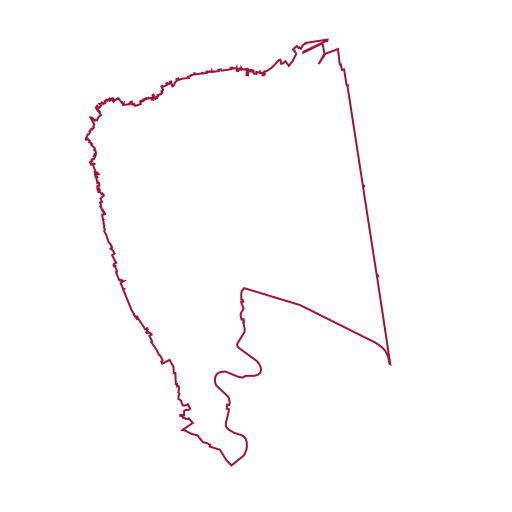 outline of Sector 2, Bucharest, Romania, rotated 73°
{"feature_id": "2599482B90996716719963", "entity_name": "Sector 2", "entity_type": "district", "adm_level": 2, "iso_a3": "ROU", "parent_name": "Romania", "parent_adm1": "Bucharest", "projection": "robinson", "projection_center": [26.131, 44.46], "detail": "fine", "context": "isolated", "style": "outline", "palette": "rose", "viewbox_px": 512, "rotation_deg": 73, "n_neighbors": 0, "source": "geoboundaries", "source_scale": "gbopen_adm2", "svg_char_len": 5924}
<svg xmlns="http://www.w3.org/2000/svg" viewBox="0 0 512 512"><g transform="rotate(73 256 256)"><path d="M398.7,159.2L310.6,146.2L311.0,145.2L309.8,145.2L309.2,146.1L221.0,133.4L221.1,132.4L220.2,132.2L219.9,133.2L120.7,118.9L119.6,118.1L119.0,119.4L103.3,117.2L103.0,119.5L97.7,118.8L97.4,119.9L82.0,117.1L82.9,130.6L90.8,140.0L82.6,131.3L72.0,130.3L75.4,151.3L74.6,151.1L72.9,140.3L71.0,126.6L71.3,125.0L69.9,124.3L66.8,146.2L67.3,146.2L67.9,149.3L71.0,152.4L69.2,153.6L69.6,154.5L67.1,155.5L69.3,160.2L71.2,159.5L71.1,159.1L74.5,158.4L80.2,163.9L83.8,169.0L78.4,170.9L79.7,174.0L79.6,175.7L75.4,175.3L75.3,176.6L80.4,185.6L82.3,191.6L82.0,194.2L84.4,194.4L84.0,195.2L85.5,195.9L85.0,196.8L81.9,195.7L83.1,196.5L82.3,198.3L80.6,198.4L81.5,199.8L80.7,201.6L79.2,201.4L82.0,202.5L80.9,204.7L77.9,204.1L77.7,204.5L78.9,204.9L78.2,206.7L76.8,206.2L76.6,206.6L78.0,207.1L77.4,208.4L76.7,208.1L75.4,208.8L80.9,210.8L80.3,212.2L74.6,210.1L74.4,210.6L75.0,210.8L74.2,212.7L73.2,212.8L73.9,213.1L73.2,214.8L72.0,215.0L73.6,215.6L72.3,216.8L71.0,216.8L72.7,217.5L72.3,218.3L73.9,219.0L73.3,220.2L70.1,219.5L70.6,220.0L70.4,221.7L69.5,221.6L70.2,222.1L69.9,223.9L68.9,223.7L68.6,225.2L70.1,225.4L68.7,234.8L67.4,234.8L67.0,237.4L68.3,237.6L67.5,242.3L66.3,242.2L67.4,242.6L67.2,244.4L66.0,244.3L66.5,244.7L66.3,246.4L65.7,246.7L66.2,247.5L66.0,249.0L65.2,248.9L65.2,249.4L66.5,249.5L65.9,253.9L64.3,253.7L65.6,254.3L64.5,261.2L63.4,261.1L63.3,261.7L64.3,261.8L64.0,264.9L64.5,264.8L64.7,268.4L66.1,268.3L64.9,274.3L65.0,278.3L63.5,278.4L63.6,280.4L65.2,280.3L66.2,282.6L68.9,284.6L69.2,286.4L64.2,286.3L64.2,287.6L65.9,287.9L65.9,289.6L64.6,290.2L64.7,291.2L66.2,290.9L66.6,292.2L66.9,295.7L65.9,296.0L66.2,296.9L69.5,296.2L70.3,296.6L70.8,298.2L72.4,297.8L72.8,299.5L73.5,299.4L73.4,303.1L74.7,303.0L74.9,304.6L76.0,304.5L76.4,306.4L71.7,306.8L71.9,307.9L74.7,308.0L74.6,308.5L76.5,308.8L75.9,310.1L74.2,310.0L73.8,313.0L73.2,313.0L73.8,315.0L73.0,315.1L73.5,316.7L74.1,316.6L74.2,317.3L73.3,317.4L73.7,318.6L74.7,318.4L75.1,319.4L75.7,319.4L74.9,319.7L74.8,320.7L74.1,320.7L74.2,321.5L76.9,321.8L77.2,326.5L77.0,327.7L75.3,327.9L75.5,329.1L74.4,329.2L74.4,330.5L71.9,329.7L72.0,331.1L73.3,331.6L73.2,332.9L73.8,333.1L72.8,338.4L71.4,337.9L72.1,339.0L69.9,339.1L70.0,339.7L65.4,341.3L65.5,342.1L64.7,342.2L65.5,343.8L65.4,345.2L65.9,345.1L66.7,347.2L65.3,347.7L65.0,346.8L63.2,346.8L63.3,348.5L63.9,348.4L64.7,350.2L62.9,350.2L63.3,351.3L64.1,351.3L64.1,352.8L63.0,352.8L63.1,354.0L63.7,355.4L65.4,355.1L66.0,357.3L65.1,357.3L64.1,358.6L65.2,358.9L64.8,361.2L67.0,360.3L67.9,362.0L68.5,363.3L65.9,363.9L67.4,365.9L71.3,364.6L71.0,364.1L72.7,363.1L73.1,363.9L75.9,363.1L77.1,366.1L79.7,368.3L78.8,369.2L79.4,370.6L76.7,371.7L75.3,372.9L75.1,373.8L83.0,372.2L84.4,373.7L85.8,373.4L87.1,375.7L86.2,376.2L88.1,378.8L89.0,378.3L90.9,380.5L90.6,381.4L94.5,384.8L95.3,384.4L94.5,382.9L97.2,381.4L98.1,382.3L98.7,381.8L98.3,380.9L98.6,381.5L101.0,380.1L101.6,381.1L105.5,378.8L106.5,378.6L107.5,379.8L108.6,378.8L110.6,378.9L111.9,379.5L111.0,381.3L112.8,379.8L113.7,380.7L112.9,381.4L113.2,381.9L114.5,381.3L115.8,382.5L115.6,384.8L117.0,384.6L117.4,386.6L118.2,386.5L118.3,387.3L120.5,387.0L120.0,384.0L120.8,383.5L121.3,385.2L128.3,384.8L128.4,385.6L129.7,385.6L129.6,383.6L131.7,382.6L131.2,386.2L133.3,386.3L133.7,384.8L134.3,384.8L134.1,385.8L138.4,386.3L138.5,385.7L140.1,386.4L140.5,384.6L143.0,385.3L142.8,387.3L145.1,387.9L145.3,386.5L147.2,386.2L147.1,387.8L148.3,387.2L148.3,387.9L148.8,388.0L149.4,386.4L151.6,385.5L151.3,384.6L153.5,383.7L155.6,387.8L159.3,387.5L159.3,389.5L162.0,389.3L163.0,390.4L163.9,390.3L163.9,389.8L167.5,389.7L167.3,389.1L169.7,389.1L169.6,388.4L171.7,388.1L171.6,391.0L175.4,391.7L176.3,391.2L176.5,391.8L180.1,391.9L180.5,392.5L182.5,392.1L184.4,393.1L186.4,392.8L187.9,393.9L192.3,393.0L199.2,393.0L203.9,391.1L204.7,391.8L206.1,391.2L206.6,392.9L208.7,391.3L212.3,390.5L213.2,393.4L221.7,391.7L221.9,394.0L222.9,394.9L224.4,394.7L224.3,393.3L224.7,393.3L225.8,393.8L230.3,393.4L230.5,394.6L238.8,393.9L239.5,393.5L239.3,392.2L240.2,392.1L240.1,391.2L241.1,391.1L241.3,390.2L242.3,393.4L248.5,392.7L248.9,392.0L249.1,392.8L271.8,390.8L275.8,389.5L276.0,390.0L278.4,389.5L278.3,389.0L279.2,388.7L279.1,387.4L280.2,387.2L280.6,388.5L281.4,388.3L281.1,387.3L284.0,386.1L293.7,383.4L293.2,381.3L294.4,381.0L294.7,381.9L296.4,381.8L296.8,383.3L297.3,383.2L297.7,382.8L297.5,381.0L298.6,380.7L298.3,379.8L300.6,378.8L301.3,381.2L307.3,380.3L307.6,381.4L316.8,378.5L322.1,377.8L322.6,377.0L327.8,375.8L328.8,375.9L329.3,377.5L331.5,377.1L330.1,369.0L338.0,367.3L344.1,369.0L344.3,367.3L354.9,370.1L355.3,368.9L357.6,369.6L357.7,368.2L360.0,368.1L363.7,370.1L365.2,369.5L367.9,371.4L370.1,371.9L372.4,370.0L377.5,369.8L378.3,367.1L377.8,364.6L382.9,363.5L383.6,365.8L382.5,368.1L383.3,370.1L387.1,371.3L385.9,374.8L386.7,375.2L387.9,372.9L389.3,373.3L389.8,371.5L391.2,371.0L392.0,368.6L391.7,367.7L397.2,365.3L400.9,377.2L402.2,374.8L407.5,369.4L410.3,364.5L418.5,361.3L420.5,357.8L423.2,355.0L424.7,356.0L430.8,347.1L442.2,344.2L449.1,340.7L443.1,325.7L438.5,321.8L435.4,320.4L431.4,319.3L427.7,319.4L425.0,320.3L422.4,323.1L418.9,328.4L414.8,332.2L412.1,334.0L410.2,334.5L407.2,333.8L396.6,327.5L394.6,326.7L393.6,328.6L389.7,327.1L390.7,325.1L388.2,324.0L383.8,323.5L382.0,323.9L368.2,331.9L364.3,332.1L360.1,330.5L358.1,328.6L357.0,326.8L356.6,323.6L357.4,319.3L366.4,308.2L368.1,304.9L368.3,303.6L367.5,301.3L370.1,292.7L370.1,289.0L369.0,286.1L366.4,284.5L363.6,284.1L360.2,284.5L356.9,285.8L338.2,299.8L335.7,300.1L333.8,298.9L325.4,289.2L322.1,288.1L316.2,287.6L316.2,287.1L314.3,287.0L314.3,286.5L312.7,286.4L312.6,288.4L309.3,288.3L306.4,287.3L302.6,283.2L296.2,283.7L295.7,283.6L296.0,281.6L293.8,281.7L293.5,282.8L288.2,281.3L285.5,280.0L283.3,276.7L315.9,228.1L374.1,166.8L379.9,162.4L384.5,160.1L390.8,159.0L397.9,159.9L398.7,159.2Z" fill="none" stroke="#9f1239" stroke-width="2"/></g></svg>